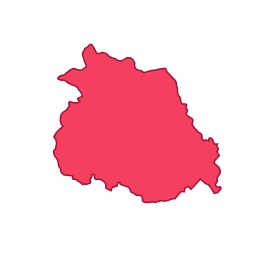 outline of Maran, Pahang, Malaysia, rotated 160°
{"feature_id": "92858781B75033719782494", "entity_name": "Maran", "entity_type": "district", "adm_level": 2, "iso_a3": "MYS", "parent_name": "Malaysia", "parent_adm1": "Pahang", "projection": "mercator", "projection_center": [102.676, 3.6], "detail": "fine", "context": "isolated", "style": "filled", "palette": "rose", "viewbox_px": 256, "rotation_deg": 160, "n_neighbors": 0, "source": "geoboundaries", "source_scale": "gbopen_adm2", "svg_char_len": 2988}
<svg xmlns="http://www.w3.org/2000/svg" viewBox="0 0 256 256"><g transform="rotate(160 128 128)"><path d="M49.5,82.3L52.2,83.4L52.5,85.6L52.5,88.4L53.6,90.5L55.5,90.5L56.6,88.1L58.9,90.3L60.9,90.1L62.4,92.9L61.1,95.1L61.3,97.4L62.4,99.1L63.4,100.2L64.3,102.6L65.4,105.2L66.3,107.7L66.5,109.5L65.4,111.4L64.3,113.1L64.7,115.1L66.3,117.0L67.6,118.7L68.4,120.2L68.4,121.5L66.9,123.1L65.8,124.6L67.1,126.5L66.2,127.8L65.0,129.7L65.2,130.6L67.1,131.4L68.8,132.1L69.3,133.8L69.1,136.2L68.6,138.6L69.5,141.6L69.3,143.9L69.1,145.5L68.0,148.0L68.0,150.8L67.1,154.5L67.8,157.7L69.1,160.3L70.1,162.9L71.2,165.1L72.1,167.2L72.3,169.4L72.3,171.3L79.2,172.8L82.4,173.0L85.2,173.7L88.7,174.3L91.0,174.3L94.3,174.7L95.8,177.1L98.6,179.0L100.7,181.2L100.7,184.0L99.4,186.8L99.9,190.3L101.6,193.0L105.0,194.5L107.8,193.7L111.0,193.3L114.1,194.6L116.2,197.4L118.8,199.3L121.2,201.7L122.9,205.3L126.3,207.9L129.3,207.7L131.9,209.0L132.2,211.8L132.8,215.6L133.7,219.1L135.8,219.3L136.1,219.1L138.4,218.0L141.4,217.4L142.9,215.7L145.1,213.9L145.7,212.0L146.1,205.5L145.9,202.1L146.4,199.7L148.9,199.1L151.7,198.2L154.5,199.3L158.6,202.5L162.5,202.3L165.3,201.4L167.7,200.6L169.8,199.7L173.7,200.2L176.0,199.4L176.7,199.1L176.7,197.6L175.0,196.1L172.2,195.0L170.3,193.5L169.4,191.3L165.8,187.7L163.4,185.7L161.5,183.4L161.4,181.2L160.2,178.2L159.7,175.0L160.6,173.2L164.9,173.2L165.5,171.9L164.2,169.6L166.4,168.7L170.5,170.4L173.9,172.8L175.5,171.1L175.2,169.1L176.5,168.3L178.7,166.5L181.3,165.5L183.8,165.0L186.2,163.5L187.7,161.2L189.2,157.7L189.5,154.7L188.6,151.9L189.9,151.1L192.3,150.4L195.1,149.1L197.2,148.0L199.3,146.3L200.7,145.0L199.8,141.4L200.4,137.9L201.7,135.8L203.2,133.4L205.0,132.5L206.3,130.8L206.5,128.0L206.2,125.9L205.4,123.5L205.2,120.7L205.6,118.3L206.2,115.7L205.4,113.6L206.0,108.9L204.2,105.9L202.2,104.6L200.0,103.9L199.5,103.4L197.6,102.7L196.4,101.5L197.3,100.2L197.2,98.8L195.4,97.9L194.0,96.7L191.8,93.5L190.5,91.6L189.9,90.2L188.1,90.4L186.5,89.3L184.6,89.2L182.5,89.2L181.5,90.0L181.5,91.9L181.2,92.9L179.7,93.5L178.7,94.8L177.2,96.6L175.4,95.4L176.4,93.3L176.4,91.6L175.6,90.7L173.9,90.2L171.1,88.7L169.7,87.0L168.7,85.2L168.0,83.0L168.5,81.4L169.3,79.4L168.8,78.3L167.2,76.7L165.4,74.9L164.2,76.5L163.4,77.2L161.5,77.5L159.7,77.3L158.0,77.3L157.0,78.9L155.9,80.1L154.2,79.5L154.5,77.9L153.4,76.7L149.3,73.6L147.9,72.1L147.0,70.2L147.3,67.5L146.7,66.2L144.9,64.7L143.9,63.0L142.7,61.8L140.8,61.1L139.6,60.3L138.2,58.6L138.8,56.0L139.3,54.9L138.9,53.6L136.6,51.8L129.8,50.0L127.9,48.7L124.6,48.7L120.9,48.1L118.8,46.8L114.3,46.2L111.0,46.4L108.2,45.5L99.9,50.2L97.0,48.8L94.9,52.2L91.2,52.4L89.9,48.8L77.5,55.2L75.7,52.2L74.4,49.6L72.5,47.9L71.2,45.5L70.3,42.7L69.9,39.5L69.3,37.1L65.6,36.7L63.0,38.2L61.3,39.3L61.5,41.2L63.4,41.4L65.0,42.9L65.4,44.9L61.9,47.7L61.9,49.8L59.8,52.0L57.2,53.7L55.9,56.5L55.9,59.7L57.8,63.2L59.1,65.1L57.9,67.5L51.6,70.9L52.3,73.5L52.0,75.9L50.1,77.6L50.8,79.5L50.3,81.9L49.5,82.3Z" fill="#f43f5e" stroke="#9f1239" stroke-width="1.5"/></g></svg>